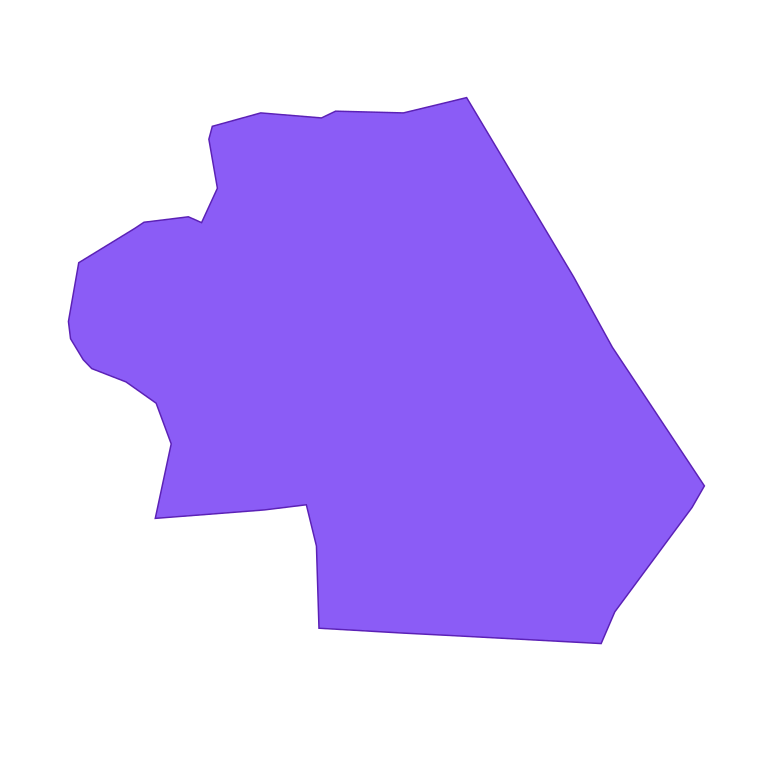 SVG path tracing the border of Bay, rotated 263°
{"feature_id": "SOM-2313", "entity_name": "Bay", "entity_type": "Region", "adm_level": 1, "iso_a3": "SOM", "parent_name": "Somalia", "parent_adm1": "", "projection": "mercator", "projection_center": [43.708, 2.69], "detail": "fine", "context": "isolated", "style": "filled", "palette": "violet", "viewbox_px": 768, "rotation_deg": 263, "n_neighbors": 0, "source": "natural_earth", "source_scale": "10m", "svg_char_len": 584}
<svg xmlns="http://www.w3.org/2000/svg" viewBox="0 0 768 768"><g transform="rotate(263 384 384)"><path d="M484.5,78.4L541.6,95.8L568.8,155.5L573.8,165.5L573.8,210.2L566.4,222.6L598.6,242.5L648.3,240.0L660.7,245.0L668.1,294.7L655.7,354.3L660.7,369.2L650.7,436.3L658.2,500.9L467.1,585.3L392.7,615.1L328.2,647.4L243.8,689.6L223.9,674.7L129.7,585.3L99.9,567.9L127.2,414.0L134.6,371.7L149.5,289.7L231.4,297.2L273.6,292.2L273.6,250.0L278.5,140.6L350.5,165.5L392.7,155.5L417.5,128.2L434.9,95.8L444.8,88.4L467.1,78.4L484.5,78.4Z" fill="#8b5cf6" stroke="#5b21b6" stroke-width="1.5"/></g></svg>